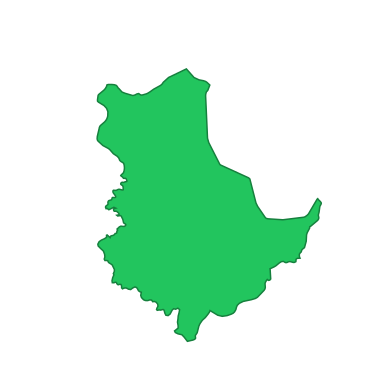 outline of Tambacounda, rotated 64°
{"feature_id": "SEN-779", "entity_name": "Tambacounda", "entity_type": "Region", "adm_level": 1, "iso_a3": "SEN", "parent_name": "Senegal", "parent_adm1": "", "projection": "natural_earth1", "projection_center": [-13.251, 14.045], "detail": "fine", "context": "isolated", "style": "filled", "palette": "green", "viewbox_px": 384, "rotation_deg": 64, "n_neighbors": 0, "source": "natural_earth", "source_scale": "10m", "svg_char_len": 5088}
<svg xmlns="http://www.w3.org/2000/svg" viewBox="0 0 384 384"><g transform="rotate(64 192 192)"><path d="M291.3,115.3L292.0,118.4L293.8,120.2L294.3,121.7L295.0,122.8L296.4,123.5L297.8,123.9L298.8,123.9L298.3,125.2L297.9,126.0L297.8,126.7L298.0,127.8L298.6,128.4L299.5,128.7L300.2,129.3L300.1,131.1L299.6,132.0L297.9,133.9L297.2,135.0L297.0,136.1L297.0,137.4L296.7,138.5L296.1,139.2L294.4,140.3L293.8,142.2L294.0,144.4L295.1,148.9L295.3,151.1L295.2,155.6L296.3,155.9L304.7,159.4L305.3,160.8L304.9,162.1L303.6,162.7L304.3,164.1L305.2,165.4L306.3,166.5L309.8,167.9L311.1,168.9L312.0,170.4L315.3,179.3L315.5,181.6L314.8,185.9L312.8,193.9L312.8,198.3L313.7,201.0L315.2,202.7L316.9,204.1L318.4,206.3L319.0,208.2L319.0,210.4L318.5,214.6L317.0,219.3L314.0,222.9L306.4,227.8L307.6,229.0L308.8,231.1L310.7,235.1L311.8,238.9L313.8,242.5L315.5,244.6L320.6,248.9L321.2,249.7L322.0,251.2L322.5,251.9L323.5,252.4L324.3,252.6L325.0,252.9L325.6,254.1L325.5,256.0L324.2,261.6L318.9,262.7L315.8,263.7L313.4,266.7L311.0,268.6L309.2,268.6L308.7,266.1L308.1,264.0L305.8,263.0L302.6,262.1L300.0,260.3L297.3,258.7L294.9,256.6L292.3,254.7L290.2,255.6L290.2,258.1L288.9,259.6L289.4,261.5L292.1,265.2L292.6,267.7L291.3,269.5L288.9,269.5L286.0,268.9L284.9,269.5L284.4,272.0L283.6,273.2L283.1,275.1L282.1,275.4L281.0,274.4L279.7,272.6L277.6,272.0L275.2,272.6L273.9,273.8L273.4,275.4L271.5,275.7L270.5,277.2L270.2,279.4L269.1,281.5L267.6,282.8L264.7,283.7L262.5,283.4L261.2,282.5L259.9,281.5L258.9,282.5L257.3,283.4L255.4,283.4L253.6,283.7L252.3,284.9L252.3,287.4L252.8,289.9L251.5,291.7L249.4,293.2L248.6,295.1L248.6,296.9L247.3,297.3L245.9,296.6L244.1,296.3L243.3,297.3L243.0,299.1L241.7,299.7L240.1,299.7L239.4,300.6L239.4,301.9L238.6,303.4L236.7,302.8L234.3,300.9L232.2,298.5L230.9,298.5L229.3,296.6L227.5,295.7L222.5,295.7L220.9,296.6L218.8,297.9L216.9,297.9L216.1,298.8L215.4,300.3L213.8,300.3L212.2,298.8L209.8,297.9L207.2,297.6L205.9,297.6L203.3,298.7L199.4,300.0L197.6,299.5L195.9,297.2L195.5,294.5L195.6,291.3L195.3,288.7L193.4,287.8L193.4,287.1L197.1,285.6L196.0,284.5L196.1,283.1L196.5,281.7L196.2,280.3L195.6,279.2L195.9,278.3L195.9,277.8L195.5,277.4L194.8,277.0L194.2,276.6L194.0,275.9L193.7,275.6L193.2,275.6L192.5,275.6L192.2,275.2L192.1,274.3L191.9,273.6L191.5,272.7L191.5,271.1L191.9,270.2L192.6,269.3L193.4,267.6L192.6,265.9L191.8,265.8L190.9,266.4L189.7,267.0L186.3,266.2L182.6,266.2L181.8,266.8L181.0,269.3L179.9,269.8L180.5,267.5L179.3,267.1L177.5,267.7L176.2,268.4L175.8,269.1L175.2,270.3L174.4,270.5L173.3,270.2L172.8,269.4L173.1,267.6L171.5,268.9L171.5,274.5L169.4,275.6L169.4,276.5L168.3,276.5L167.8,276.4L167.1,275.9L166.8,275.2L166.7,274.5L166.5,273.6L166.3,273.0L165.9,272.7L164.6,272.2L163.7,271.5L163.4,270.9L163.3,270.3L163.5,269.1L163.6,268.5L163.6,267.6L163.3,267.2L162.8,266.8L162.3,266.4L162.1,265.9L162.2,265.5L163.0,264.2L163.2,263.7L163.2,263.0L162.9,262.7L162.4,262.5L161.2,262.6L159.0,263.0L158.5,263.1L157.9,263.1L157.3,263.0L156.8,262.8L156.2,262.4L156.0,261.9L156.1,261.5L156.4,261.1L156.7,260.7L156.9,260.2L157.1,259.8L157.3,259.2L157.3,258.6L157.3,257.9L157.3,257.3L157.4,256.8L157.6,256.3L157.8,255.9L159.5,254.0L159.7,253.6L159.9,253.1L159.8,252.8L159.5,252.6L158.6,252.3L157.3,251.7L156.8,251.6L156.2,251.6L155.7,251.7L155.3,251.9L154.5,252.4L154.0,252.6L153.4,252.5L152.8,251.9L152.6,251.3L152.6,250.7L152.8,250.2L153.0,249.8L153.4,249.3L153.5,249.1L153.5,248.8L153.5,247.8L153.8,246.7L153.9,246.1L153.7,245.7L153.3,245.5L152.3,245.5L151.3,245.4L150.9,245.5L150.5,245.8L150.3,246.3L150.1,246.8L149.9,247.3L149.6,247.6L149.1,247.7L148.1,247.9L147.3,248.3L146.1,248.9L145.9,248.7L145.5,247.8L144.9,245.8L144.4,244.9L142.9,243.5L140.8,242.2L138.5,241.3L136.6,240.9L135.4,241.2L133.6,242.4L132.5,242.9L131.6,243.1L130.0,242.9L129.1,243.0L127.2,243.5L123.1,245.9L117.9,247.3L116.2,248.1L111.2,251.7L105.9,253.8L104.4,254.3L102.7,254.0L100.6,252.8L94.1,247.5L93.3,246.9L92.4,245.8L91.9,244.4L90.7,239.8L89.8,237.8L88.6,236.1L86.9,234.5L83.0,232.4L79.3,232.1L75.7,233.2L70.2,236.7L69.0,237.1L67.8,236.6L64.1,234.1L63.5,233.3L61.8,226.4L61.0,224.5L59.8,222.7L58.4,221.4L58.7,220.0L60.3,216.8L61.4,215.0L62.7,213.5L63.6,213.1L64.6,212.9L65.8,212.8L66.3,212.7L67.2,212.3L71.4,211.1L71.8,210.8L73.9,208.9L79.2,203.1L79.4,202.6L79.6,201.9L79.8,200.6L79.7,198.7L80.1,196.9L80.2,196.7L80.6,196.5L81.4,196.1L82.2,195.6L82.6,195.1L83.0,194.3L83.8,189.9L83.8,188.2L83.6,186.1L82.8,181.4L82.4,173.5L81.9,171.6L80.8,169.7L78.8,162.8L78.9,143.1L90.0,140.0L94.3,136.5L97.0,132.9L98.6,131.3L100.0,130.5L103.7,129.1L107.6,133.3L108.4,135.3L110.0,136.7L111.5,137.6L150.5,154.5L154.9,155.3L179.5,154.9L180.5,154.3L204.0,135.0L204.8,134.6L205.7,134.3L229.9,139.3L233.8,139.3L247.3,137.3L248.4,136.7L249.5,135.3L256.8,122.5L263.6,102.8L263.8,101.9L263.8,101.1L263.4,98.7L262.8,97.0L253.3,82.7L253.1,81.9L254.1,81.8L256.9,80.8L258.3,80.6L259.1,80.9L259.8,81.7L261.0,83.4L265.9,86.7L267.5,88.1L268.4,88.7L270.5,89.2L271.5,89.8L272.3,90.9L272.7,91.9L274.8,100.3L274.8,101.4L276.1,102.2L279.1,106.3L280.7,107.8L286.3,110.9L291.3,115.3Z" fill="#22c55e" stroke="#15803d" stroke-width="1.5"/></g></svg>